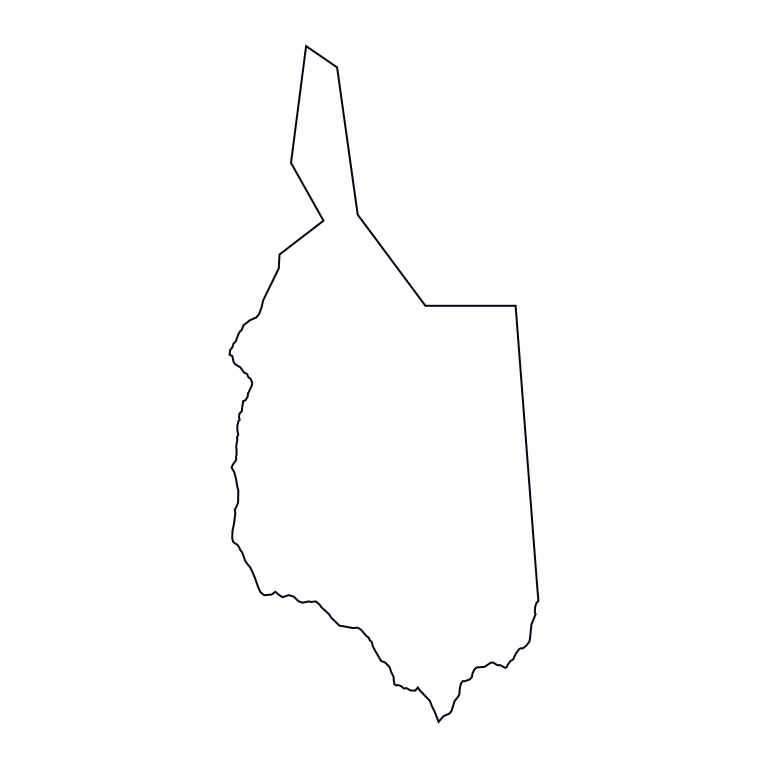 outline of Chuave District, Chimbu, Papua New Guinea
{"feature_id": "67681753B10783046859630", "entity_name": "Chuave District", "entity_type": "district", "adm_level": 2, "iso_a3": "PNG", "parent_name": "Papua New Guinea", "parent_adm1": "Chimbu", "projection": "equal_earth", "projection_center": [145.121, -6.175], "detail": "fine", "context": "isolated", "style": "outline", "palette": "ink", "viewbox_px": 768, "rotation_deg": 0, "n_neighbors": 0, "source": "geoboundaries", "source_scale": "gbopen_adm2", "svg_char_len": 2261}
<svg xmlns="http://www.w3.org/2000/svg" viewBox="0 0 768 768"><path d="M538.4,601.0L536.9,582.7L515.6,305.8L425.4,305.8L372.8,235.0L357.7,214.7L337.1,67.4L306.1,46.1L291.0,162.9L323.5,220.7L279.5,254.5L278.8,268.3L263.1,300.5L261.6,307.2L259.3,313.8L256.4,317.4L249.4,320.5L248.4,321.6L243.5,325.2L241.8,329.9L239.8,331.6L238.3,334.5L235.8,341.3L233.4,343.7L232.5,347.1L230.2,349.9L229.6,354.8L232.4,356.1L233.4,361.6L235.1,364.2L237.3,365.5L240.3,367.3L244.1,372.6L247.2,374.1L248.1,376.8L250.7,379.1L252.1,382.5L252.0,385.1L249.0,391.7L248.1,393.2L247.6,396.7L245.6,400.1L243.1,401.3L242.8,404.5L242.4,405.6L241.9,411.2L239.4,413.7L239.0,417.4L239.7,419.8L238.4,421.3L237.5,424.9L237.3,429.6L237.7,432.1L238.3,434.6L237.0,437.5L237.4,439.6L236.6,443.8L236.2,447.2L236.6,449.6L236.5,453.3L236.6,454.5L236.0,457.0L236.2,459.9L232.7,464.9L231.6,467.7L234.2,472.0L236.0,478.7L237.1,485.7L238.3,490.5L238.1,502.3L237.0,505.7L234.8,509.6L235.3,513.4L234.6,519.3L233.9,524.3L232.5,530.8L232.2,538.4L233.4,542.2L237.2,544.7L238.7,546.5L240.5,550.3L242.2,552.4L245.3,561.1L247.8,564.5L250.1,567.2L252.3,571.7L255.1,578.3L257.9,586.5L260.4,592.1L264.2,595.2L271.6,594.6L275.3,591.8L279.5,595.3L282.7,597.2L288.7,595.1L293.8,596.7L298.6,601.3L302.5,602.7L308.9,601.4L311.2,602.0L315.8,601.4L319.4,604.4L321.8,607.7L325.2,610.6L329.3,614.6L331.3,617.8L334.4,620.7L339.3,625.6L347.5,627.0L353.0,628.1L357.6,627.7L361.0,629.7L366.4,636.0L368.8,637.7L369.6,639.9L371.7,642.0L372.9,646.5L375.1,650.7L378.0,655.6L381.1,661.0L385.2,662.5L389.6,667.2L391.3,672.2L393.7,677.3L393.7,680.1L394.5,684.3L396.2,685.5L397.7,685.0L400.7,685.9L404.0,688.5L406.3,688.1L410.8,690.5L415.2,690.6L417.9,687.5L420.0,690.6L425.0,695.7L430.0,701.1L432.1,706.6L434.7,711.9L438.6,721.9L443.3,716.3L449.2,713.7L451.5,711.1L454.6,701.1L458.0,696.9L459.2,694.8L460.0,687.4L461.1,683.3L462.7,681.1L465.0,681.1L469.5,679.6L472.0,676.9L472.4,673.7L474.4,669.5L476.6,667.4L484.4,666.9L491.0,662.6L493.4,662.6L497.3,665.2L500.4,665.2L505.1,667.8L506.6,667.2L507.8,664.6L510.1,661.4L513.2,659.3L515.9,653.5L519.0,649.3L520.6,648.3L522.9,648.3L526.4,645.6L529.5,641.4L530.0,638.3L531.4,624.6L535.6,614.2L534.8,612.1L535.2,606.8L536.3,603.2L538.4,601.0Z" fill="none" stroke="#020617" stroke-width="2"/></svg>